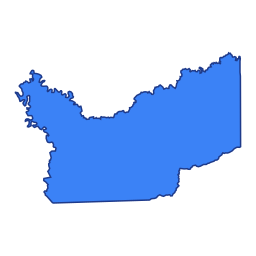 Fray Bartolomé de Las Casas, Alta Verapaz, Guatemala
{"feature_id": "79465075B41204934399249", "entity_name": "Fray Bartolomé de Las Casas", "entity_type": "district", "adm_level": 2, "iso_a3": "GTM", "parent_name": "Guatemala", "parent_adm1": "Alta Verapaz", "projection": "mercator", "projection_center": [-89.812, 15.886], "detail": "fine", "context": "isolated", "style": "filled", "palette": "blue", "viewbox_px": 256, "rotation_deg": 0, "n_neighbors": 0, "source": "geoboundaries", "source_scale": "gbopen_adm2", "svg_char_len": 5626}
<svg xmlns="http://www.w3.org/2000/svg" viewBox="0 0 256 256"><path d="M149.6,200.0L151.4,198.7L154.6,198.4L156.4,197.7L158.0,195.8L159.8,194.8L162.0,195.9L163.6,196.3L166.2,195.0L167.8,195.1L169.3,194.7L169.8,194.8L170.6,195.9L172.2,195.8L173.0,194.0L174.8,192.5L175.2,191.2L176.1,190.3L176.3,188.2L177.5,187.5L177.9,186.6L178.8,186.0L178.9,185.6L177.6,184.3L177.5,183.4L179.0,181.6L178.7,180.8L179.0,178.6L178.4,177.9L178.8,176.3L178.0,174.7L178.5,174.0L179.1,174.0L179.2,172.1L178.8,171.1L179.6,170.3L179.5,169.2L180.1,168.4L184.1,168.9L187.3,168.7L188.0,169.2L189.5,169.3L190.4,169.0L190.8,167.8L192.1,167.0L192.5,166.1L193.1,165.7L195.6,165.2L196.6,166.2L198.4,166.7L200.5,166.1L203.5,164.5L206.4,164.4L207.7,163.4L209.0,163.2L210.4,162.4L214.0,161.2L215.1,160.2L217.0,160.0L218.5,158.8L219.0,156.9L222.0,154.6L222.1,153.8L222.9,152.8L224.1,153.4L225.6,152.9L227.6,153.0L229.4,152.4L232.4,150.7L233.9,149.0L235.6,147.9L237.1,147.2L239.7,147.3L240.6,146.7L240.4,76.0L240.0,72.4L240.0,61.1L240.3,58.7L239.9,56.6L239.2,56.4L239.0,56.6L238.7,57.4L238.9,58.7L237.4,58.8L237.0,60.5L236.0,60.5L235.5,60.3L236.1,57.4L234.8,56.6L233.8,57.0L232.5,57.0L231.9,55.1L231.0,54.6L230.4,53.3L230.0,53.2L229.2,53.6L228.6,53.0L228.2,54.1L226.5,55.1L225.7,55.2L224.8,56.4L223.6,56.4L222.8,57.5L221.6,57.8L221.0,57.4L219.9,58.0L219.7,60.5L220.5,61.7L219.4,62.0L220.4,63.5L220.2,63.7L218.8,63.0L217.5,63.4L216.2,62.4L215.7,63.3L214.0,62.6L213.2,64.0L212.2,63.1L210.3,65.1L211.2,66.8L209.0,67.2L207.9,68.3L207.5,69.7L205.4,70.4L205.4,71.5L205.0,71.9L202.9,70.8L202.8,68.9L200.6,67.5L199.6,67.4L199.2,68.0L200.6,69.1L201.9,70.9L201.5,72.7L200.1,73.2L200.1,71.1L199.0,70.3L198.2,70.3L197.2,71.7L195.9,71.6L195.1,70.4L194.1,70.9L192.3,70.6L190.5,71.8L190.1,71.7L189.8,71.2L190.3,69.9L189.1,68.6L187.8,69.4L186.8,69.5L185.3,68.6L184.5,69.2L182.9,69.2L182.3,70.1L181.2,70.6L180.9,71.2L180.9,72.6L181.9,74.2L181.8,76.1L181.2,76.7L180.2,76.6L180.3,78.1L179.7,79.0L179.9,79.6L179.6,79.9L177.9,80.9L177.0,80.8L177.5,82.4L176.7,83.5L176.1,86.7L175.2,88.3L172.7,86.7L171.2,85.0L170.1,84.8L168.9,86.9L168.9,88.4L167.8,88.5L166.5,88.0L163.9,89.1L162.8,87.1L160.3,85.0L159.1,85.5L158.7,86.4L158.1,86.8L156.9,86.8L156.0,87.5L155.2,87.2L155.0,87.5L154.6,89.0L153.5,90.7L153.8,93.1L152.9,94.4L151.7,94.3L151.2,93.3L149.9,92.8L149.1,91.6L147.9,92.9L147.3,92.1L145.2,91.8L143.7,92.0L142.4,92.6L141.2,92.3L140.4,93.7L136.9,95.4L134.2,98.3L134.1,99.1L136.0,100.8L135.9,102.3L135.5,102.6L134.8,102.1L133.9,102.5L133.9,104.0L133.2,104.5L132.6,106.2L130.8,107.6L129.6,107.7L129.7,109.2L128.3,112.0L126.5,112.2L125.3,112.7L124.0,112.0L123.7,110.9L123.1,110.6L121.5,111.4L119.1,111.5L117.2,112.6L117.1,113.7L114.7,114.1L113.7,117.4L113.4,117.6L110.7,117.3L109.2,117.9L108.4,117.2L106.8,117.7L103.9,117.0L102.9,117.3L101.2,116.7L100.8,117.1L100.6,119.1L99.3,118.2L98.7,118.4L96.5,118.3L96.2,117.7L95.3,118.3L93.6,118.4L93.5,116.8L89.8,117.5L89.3,118.0L89.1,119.1L86.6,119.4L86.3,119.3L86.1,118.4L85.4,118.4L84.8,117.7L83.6,117.7L83.8,116.9L83.3,115.7L81.6,116.0L81.2,114.6L80.3,113.2L80.5,112.5L82.0,111.0L80.9,106.3L80.2,106.3L79.3,107.0L78.0,105.9L77.5,104.7L76.9,104.3L73.9,104.7L73.6,104.5L73.7,103.9L75.1,103.0L75.0,102.5L72.3,100.9L69.6,100.5L69.6,100.0L70.8,98.6L73.0,97.7L73.4,96.8L72.6,95.7L72.4,93.5L70.9,91.8L69.4,91.4L68.2,92.1L68.1,93.6L69.2,96.0L68.1,97.3L67.4,97.6L65.7,97.3L66.1,94.9L65.4,93.9L64.5,93.9L62.7,94.9L61.8,94.6L61.6,93.9L61.8,91.6L61.4,90.8L60.6,90.8L59.6,92.1L58.4,92.0L55.2,88.6L54.7,88.6L54.4,89.1L54.4,91.5L53.7,92.5L51.8,92.4L52.1,90.0L51.1,89.2L50.0,89.5L48.2,91.4L47.6,91.5L47.3,90.9L47.8,89.8L47.8,87.6L47.2,86.5L46.3,86.1L43.0,86.3L41.5,85.9L41.1,85.5L41.2,84.6L42.6,82.4L44.4,81.5L44.7,80.6L44.2,80.4L42.7,80.7L40.3,82.5L39.3,82.3L39.2,81.6L40.0,78.9L41.8,77.1L41.0,75.4L38.8,74.2L36.6,73.6L34.2,73.4L33.7,70.7L32.8,70.3L31.8,70.6L30.4,72.8L30.1,73.7L32.7,74.2L32.5,77.2L33.6,79.1L33.2,80.6L32.3,80.9L32.0,79.0L31.7,78.8L29.8,79.1L30.5,82.2L28.8,82.9L26.8,81.4L25.7,81.1L25.2,82.2L23.8,82.5L23.1,83.8L21.1,84.0L19.4,85.6L19.3,86.3L21.7,88.8L22.1,91.0L23.0,92.6L23.1,94.5L22.5,95.7L21.5,96.2L20.5,96.2L19.2,94.9L17.8,92.7L15.5,92.3L15.4,92.8L16.9,94.4L17.7,96.3L19.0,98.0L20.0,101.3L20.6,101.3L23.1,99.8L24.3,99.7L24.7,100.0L24.6,100.7L23.6,101.8L23.0,103.2L23.6,104.7L24.9,105.9L25.8,105.2L26.0,103.6L27.3,100.3L27.5,98.6L26.8,96.9L27.0,96.4L28.7,95.5L29.3,95.6L29.7,96.3L29.6,101.6L28.2,103.7L28.4,104.4L30.4,106.2L30.5,107.0L29.5,108.1L26.9,107.9L27.0,109.1L28.6,109.4L28.8,110.2L28.3,111.0L26.4,111.8L26.2,112.5L28.1,115.7L31.6,115.6L32.2,116.4L32.8,118.3L32.2,119.4L30.7,120.1L28.1,118.9L26.5,119.0L25.7,119.6L25.3,120.7L25.4,121.3L27.5,120.4L28.9,121.0L29.3,121.5L28.9,124.5L27.5,126.1L27.5,126.7L28.7,127.0L31.1,125.7L30.9,123.0L31.4,121.8L32.1,121.3L34.1,122.2L36.3,122.6L36.9,123.3L36.7,124.3L35.5,125.1L33.3,125.1L32.8,125.5L33.3,126.6L34.6,127.4L36.6,126.4L37.9,126.3L40.1,129.1L41.6,129.6L43.5,127.4L44.2,127.0L44.8,127.1L46.3,128.4L46.3,128.8L45.3,129.5L43.6,129.8L43.6,130.9L44.5,132.0L46.4,132.5L47.8,133.8L48.8,135.3L48.4,135.9L46.9,135.2L46.3,135.8L46.2,138.5L47.1,141.2L47.6,142.0L48.4,142.4L49.9,142.6L51.6,142.1L52.6,142.5L53.5,144.4L53.3,146.6L53.7,147.1L55.4,147.5L56.0,148.2L55.4,151.0L51.9,151.1L49.9,152.7L51.2,157.6L50.5,160.0L49.7,160.2L49.9,160.7L49.3,161.2L49.8,162.6L48.8,163.6L48.7,164.1L48.9,166.1L49.7,168.4L48.6,170.6L47.8,171.3L50.7,177.2L43.9,178.5L43.7,180.3L44.0,180.8L45.6,181.8L48.1,184.6L47.5,185.4L47.9,188.1L47.0,189.4L46.6,191.2L45.0,190.9L44.1,191.7L44.2,192.4L45.2,193.5L45.3,195.0L47.0,196.4L52.3,202.5L53.2,203.0L149.6,200.0Z" fill="#3b82f6" stroke="#1e3a8a" stroke-width="1.5"/></svg>